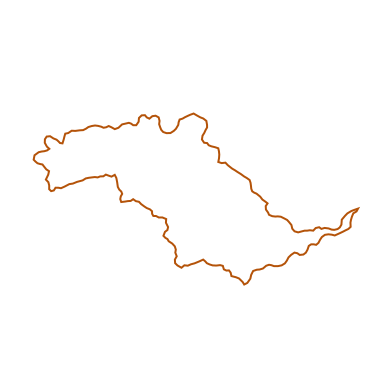 Dionísio, Minas Gerais, Brazil, rotated 32°
{"feature_id": "56859067B79280844892773", "entity_name": "Dionísio", "entity_type": "district", "adm_level": 2, "iso_a3": "BRA", "parent_name": "Brazil", "parent_adm1": "Minas Gerais", "projection": "natural_earth1", "projection_center": [-42.668, -19.831], "detail": "fine", "context": "isolated", "style": "outline", "palette": "amber", "viewbox_px": 384, "rotation_deg": 32, "n_neighbors": 0, "source": "geoboundaries", "source_scale": "gbopen_adm2", "svg_char_len": 3593}
<svg xmlns="http://www.w3.org/2000/svg" viewBox="0 0 384 384"><g transform="rotate(32 192 192)"><path d="M345.0,137.5L342.6,134.0L341.6,131.4L340.7,128.2L340.1,124.6L341.8,121.3L341.6,118.1L339.5,120.7L337.2,123.7L335.1,127.8L334.4,131.1L333.7,136.1L336.0,140.5L336.1,143.7L335.1,146.3L332.7,148.7L330.3,149.9L327.2,150.5L323.5,152.2L321.3,154.7L318.5,154.5L316.0,157.0L315.3,160.5L312.2,162.0L310.0,163.9L307.9,165.2L306.0,167.2L303.4,170.0L299.8,171.0L296.5,170.0L293.8,167.3L290.0,166.0L287.5,165.3L284.6,165.5L280.4,165.9L277.7,167.2L275.6,168.7L272.8,170.0L269.4,170.5L267.4,169.1L264.0,167.7L262.0,164.9L262.1,161.6L259.3,161.3L255.7,161.1L252.3,159.8L249.9,159.5L247.6,159.2L245.1,159.6L242.7,159.5L240.5,157.8L238.8,155.6L236.8,153.2L234.5,151.3L230.9,151.1L228.0,151.2L224.1,150.9L219.7,150.9L216.8,150.8L213.7,150.9L208.2,150.3L204.8,149.4L201.8,151.8L198.4,152.6L197.0,149.0L195.3,145.8L193.2,143.1L191.1,141.0L187.8,141.8L184.2,143.0L181.4,143.5L178.9,142.5L176.2,143.8L172.6,142.2L171.1,138.7L171.1,135.3L170.7,132.4L170.6,129.3L169.2,127.1L166.5,124.1L162.6,123.7L159.4,124.3L155.6,124.5L151.8,124.6L149.6,127.4L148.0,129.8L146.4,132.3L145.1,134.8L143.1,137.1L143.7,139.9L144.8,142.4L144.9,146.9L144.2,149.8L142.5,153.4L139.2,155.6L135.8,156.4L133.0,155.6L130.9,154.1L128.2,151.9L126.8,148.9L124.2,146.4L120.7,146.6L118.2,148.7L117.0,152.4L114.1,152.7L111.4,151.8L108.7,153.7L107.8,157.3L109.5,160.7L109.3,164.9L106.8,166.5L104.0,166.3L101.8,166.8L99.7,168.9L96.9,171.7L95.6,176.5L93.2,179.6L89.3,179.8L86.4,180.2L84.9,182.6L82.9,184.4L80.5,184.7L77.3,185.7L74.5,187.0L72.0,189.2L69.7,191.8L68.6,194.4L66.9,197.2L64.1,199.2L60.7,202.0L57.5,203.8L55.8,207.6L53.6,209.7L54.4,212.5L55.4,215.6L56.4,219.4L54.1,220.4L51.8,219.8L49.4,219.4L46.1,220.0L42.1,219.9L39.4,222.0L39.3,225.2L41.1,228.3L44.9,230.4L48.1,231.0L47.1,233.5L45.1,235.7L43.1,237.3L40.9,239.5L39.0,244.3L40.6,248.5L43.0,249.1L45.7,249.5L48.3,248.8L50.6,247.9L53.0,248.8L56.4,250.0L59.7,250.1L60.9,253.5L61.5,258.9L65.0,259.8L67.5,262.2L69.4,265.3L72.1,265.9L74.0,263.9L74.0,260.7L76.2,259.3L78.9,258.2L81.1,254.9L83.8,250.3L86.5,248.0L89.1,244.4L93.1,240.1L94.7,236.8L97.0,234.6L99.2,232.8L101.7,230.8L104.3,229.6L105.9,227.4L108.5,225.7L109.7,222.9L112.7,222.3L115.6,221.6L117.4,218.4L120.4,220.2L123.3,223.3L126.4,227.0L129.0,228.5L131.8,229.1L133.8,230.6L133.9,233.4L134.9,236.0L137.3,238.0L140.3,235.6L142.3,233.8L144.7,232.1L145.9,229.3L149.3,229.5L152.2,228.4L155.2,229.2L159.0,229.5L162.1,229.6L165.5,229.0L168.3,229.5L169.7,231.6L171.9,232.8L174.3,231.4L177.4,231.2L180.3,229.3L184.4,228.6L186.2,231.9L190.3,234.4L191.3,237.3L190.2,240.1L191.0,244.3L193.8,245.0L196.1,244.9L198.3,246.1L202.6,246.2L206.2,247.2L208.8,249.4L210.0,252.3L213.1,254.6L213.3,258.4L215.4,261.3L218.6,262.0L223.2,261.8L224.4,258.2L227.5,256.7L229.4,253.9L232.0,251.1L234.8,247.2L237.3,243.4L240.0,243.8L242.3,244.5L245.3,244.1L248.4,243.3L251.6,241.5L254.6,239.1L257.3,238.3L260.0,240.7L262.8,240.4L264.9,238.9L267.5,239.9L270.0,242.4L274.4,241.0L277.7,240.4L280.4,241.0L282.7,241.5L285.3,242.8L287.1,239.8L287.4,234.6L286.1,230.9L285.7,226.6L288.1,223.6L290.4,221.9L292.7,219.3L294.0,215.2L295.9,212.9L298.1,212.0L300.9,211.4L304.2,209.3L306.9,206.7L308.6,203.3L308.8,199.9L308.5,196.3L309.4,192.7L311.0,189.1L313.8,188.1L316.7,188.3L319.6,186.0L320.7,183.1L320.5,179.6L319.6,175.8L320.8,173.2L322.9,171.9L325.3,171.0L326.2,168.1L325.9,164.6L326.0,161.4L327.4,157.9L330.1,155.6L333.2,154.1L336.1,153.2L337.5,151.1L339.3,148.4L341.2,145.4L342.6,143.0L344.2,140.5L345.0,137.5Z" fill="none" stroke="#b45309" stroke-width="2"/></g></svg>